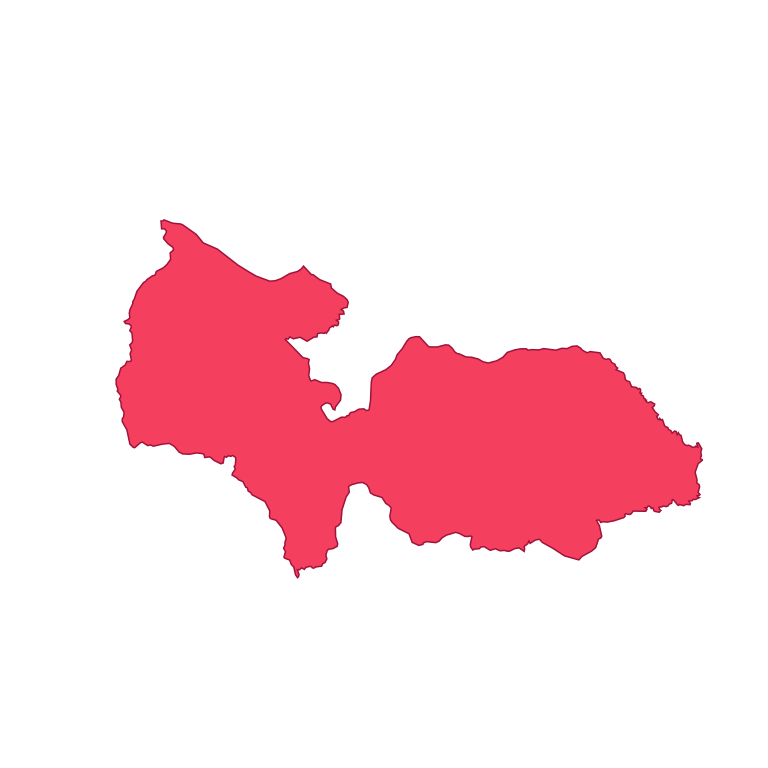 Quípama, Boyacá, Colombia (Albers equal-area conic projection), rotated 153°
{"feature_id": "7082276B17110786625118", "entity_name": "Quípama", "entity_type": "district", "adm_level": 2, "iso_a3": "COL", "parent_name": "Colombia", "parent_adm1": "Boyacá", "projection": "albers", "projection_center": [-74.197, 5.549], "detail": "fine", "context": "isolated", "style": "filled", "palette": "rose", "viewbox_px": 768, "rotation_deg": 153, "n_neighbors": 0, "source": "geoboundaries", "source_scale": "gbopen_adm2", "svg_char_len": 6171}
<svg xmlns="http://www.w3.org/2000/svg" viewBox="0 0 768 768"><g transform="rotate(153 384 384)"><path d="M402.2,525.6L405.3,524.1L409.9,523.5L417.9,525.2L427.8,524.6L434.2,525.4L439.1,527.5L448.8,538.0L453.4,545.1L460.1,556.1L471.2,579.8L481.0,591.8L483.4,602.6L491.0,617.0L492.4,618.8L499.5,623.4L505.5,630.1L507.5,629.7L508.7,630.5L511.7,623.2L509.1,622.0L508.4,619.1L509.6,617.5L513.9,614.8L514.4,613.5L512.7,606.8L510.1,601.7L510.5,599.1L515.0,597.9L517.5,592.0L523.2,589.0L527.8,587.7L535.7,587.7L538.6,585.0L541.2,585.5L547.7,584.7L549.3,583.8L552.3,583.5L562.0,578.8L568.2,572.8L570.4,571.5L571.4,569.6L576.8,565.4L578.9,562.6L580.4,558.3L583.2,557.6L587.1,557.7L586.8,555.2L584.1,553.4L583.0,551.2L583.1,549.7L586.3,546.9L585.4,543.8L588.5,536.4L589.7,535.2L592.8,534.3L593.5,528.8L596.4,526.4L598.3,519.8L599.9,519.3L602.8,520.9L606.0,518.4L611.4,517.6L616.4,512.1L620.5,509.9L622.9,505.0L623.5,499.9L624.9,498.9L623.8,493.4L624.4,492.1L626.7,490.6L626.7,487.1L628.6,482.6L628.5,476.6L630.7,473.2L633.2,471.6L634.3,469.2L633.9,459.9L637.7,445.8L636.2,441.4L635.0,440.4L627.8,442.3L625.6,441.8L622.6,436.5L619.6,435.6L617.8,433.3L608.0,430.8L602.1,428.4L599.1,423.4L597.5,416.4L595.1,413.1L589.1,409.7L582.1,407.6L577.0,404.1L576.5,402.5L577.1,399.9L572.2,398.1L570.0,392.9L565.6,387.0L563.2,386.6L559.6,391.4L558.7,391.7L557.8,390.3L555.0,390.6L553.2,389.0L551.4,389.2L549.7,386.2L549.9,384.8L553.2,379.4L555.0,378.5L555.1,375.7L559.5,373.3L560.7,371.8L557.8,367.3L557.0,364.6L554.0,361.1L554.0,354.8L552.9,353.6L553.6,350.3L552.1,347.7L551.8,345.1L543.4,333.3L543.4,322.8L546.3,317.8L546.4,315.8L542.0,311.5L540.1,302.0L541.1,291.1L544.2,287.8L545.3,285.5L548.0,283.3L547.9,279.3L551.8,275.1L551.4,273.7L548.0,270.0L548.5,265.4L547.5,261.8L549.4,254.2L549.0,250.7L547.7,251.1L546.2,252.8L545.5,257.9L543.5,256.8L541.0,257.6L539.1,255.0L536.8,256.1L533.4,255.3L531.6,254.3L531.3,252.7L530.2,251.8L527.7,251.9L522.3,250.0L520.2,251.7L517.6,251.7L514.3,254.1L513.5,257.9L510.2,261.4L508.3,261.9L504.2,260.5L499.5,260.6L497.8,262.6L496.5,269.8L492.8,277.5L491.7,278.6L488.9,278.5L485.3,280.1L478.5,291.0L469.2,300.4L464.0,303.4L462.3,308.3L461.4,309.0L458.0,308.9L452.2,307.7L447.8,306.0L445.1,302.3L444.7,298.6L445.5,293.1L443.4,289.7L437.3,283.8L436.6,276.8L434.3,272.8L434.0,270.0L438.8,263.6L439.9,260.0L439.6,257.2L436.8,248.8L429.7,239.2L430.8,230.1L426.3,224.4L422.2,223.4L421.4,224.5L417.8,224.3L409.8,219.1L406.2,219.0L401.9,220.6L397.1,221.0L387.6,219.3L385.0,217.0L381.1,211.5L377.9,209.7L376.8,209.8L374.9,208.2L380.0,201.8L380.7,199.5L380.3,195.8L378.1,195.7L373.9,194.0L371.6,194.7L368.5,193.5L364.9,187.6L359.6,186.7L356.2,182.6L352.5,181.2L349.7,178.8L347.8,178.0L342.5,178.0L338.1,176.7L335.1,171.2L333.5,173.3L333.0,175.6L328.5,176.4L326.2,178.3L326.2,175.7L320.2,176.2L316.6,175.4L315.7,174.4L314.9,171.0L308.4,161.4L301.2,148.9L290.2,138.8L285.9,140.5L274.7,140.9L269.7,142.1L263.2,148.5L260.9,148.3L259.1,149.5L256.4,160.0L256.6,166.0L255.9,166.1L254.0,164.9L253.8,162.3L251.6,161.9L247.5,159.5L241.2,157.7L231.1,156.1L229.1,156.7L228.9,158.3L227.8,158.8L224.8,156.4L223.1,156.0L219.6,157.6L208.6,151.8L206.6,153.0L207.5,155.2L205.6,154.4L204.2,155.3L203.3,155.1L202.3,153.2L202.4,151.8L200.7,151.6L201.1,148.6L200.5,147.5L197.0,144.8L194.7,145.6L195.4,147.7L194.9,149.4L192.3,148.4L190.3,148.4L188.4,146.7L186.4,146.4L184.2,147.5L181.9,147.1L179.7,150.0L178.7,149.6L177.3,142.8L176.5,142.1L175.5,142.6L172.2,139.5L169.7,139.7L166.1,137.5L165.3,138.4L165.6,141.4L162.4,140.1L161.1,140.9L158.8,139.7L154.6,139.6L155.8,141.1L155.7,142.4L153.8,141.7L152.6,142.0L153.3,144.8L149.4,149.2L149.0,151.3L150.3,154.1L148.7,156.1L146.8,164.2L140.2,170.4L135.0,171.5L134.8,172.3L135.9,173.3L135.5,174.7L133.8,175.8L132.6,179.6L130.3,182.0L130.6,188.8L132.0,189.3L132.5,188.7L133.1,185.4L134.7,187.2L135.9,186.6L137.4,187.2L140.2,191.1L141.6,191.4L143.6,193.3L144.2,196.7L142.7,203.4L143.8,204.8L143.8,206.9L145.8,205.8L145.2,209.0L146.5,210.2L149.6,209.4L149.6,212.3L151.1,214.1L150.9,216.5L152.6,218.3L152.9,219.6L152.0,225.9L153.4,225.9L153.9,228.2L155.1,227.3L155.9,228.0L155.7,231.5L154.6,231.3L153.5,232.2L155.1,236.1L155.7,241.2L153.0,241.9L151.9,243.2L154.3,247.0L157.1,247.5L158.3,249.1L158.3,249.9L157.5,250.4L158.6,251.5L158.1,252.3L159.0,253.2L158.4,255.6L159.7,257.5L158.6,258.9L159.9,259.5L159.9,260.2L158.4,261.3L157.9,263.1L158.3,264.0L160.2,264.2L160.5,266.2L164.6,269.1L164.2,274.6L166.2,276.6L166.9,278.5L165.5,282.7L165.6,285.2L170.7,291.3L168.6,292.1L169.7,295.0L169.2,296.7L171.3,299.6L171.4,303.2L172.6,304.6L175.0,305.1L177.0,307.5L177.4,313.7L185.6,319.3L188.4,319.5L189.5,320.5L192.0,324.2L192.4,326.5L194.7,330.3L199.5,332.2L204.7,332.4L209.4,335.1L215.4,336.1L225.9,343.2L230.2,343.9L236.6,347.5L240.4,348.8L241.1,350.7L246.3,353.3L251.9,355.0L259.7,356.2L266.1,353.8L273.1,353.5L281.6,355.4L285.8,359.0L288.5,363.3L293.7,368.0L298.7,370.9L303.0,376.4L304.9,377.9L306.2,380.0L307.1,385.4L308.7,389.3L311.5,391.0L319.7,392.8L327.2,396.7L330.9,410.0L334.3,411.8L338.9,413.0L341.2,413.0L344.2,411.8L351.9,407.1L359.2,404.0L362.4,400.9L369.0,397.3L375.9,395.9L386.3,396.3L391.5,395.0L394.5,391.4L403.7,375.1L409.1,367.7L411.7,368.3L413.2,371.0L417.9,373.0L423.1,372.7L426.4,373.7L428.3,373.1L429.6,371.8L431.3,372.6L433.3,371.8L437.2,373.8L446.4,373.7L448.6,374.7L450.4,379.1L451.2,389.5L450.8,391.8L449.3,392.9L445.2,393.5L442.9,392.8L440.7,390.2L440.8,384.7L439.6,383.2L437.7,385.6L430.0,389.4L427.1,394.1L426.5,400.9L427.9,405.7L429.5,407.7L434.0,411.2L439.1,413.8L443.6,419.2L447.3,419.7L447.9,420.3L447.3,425.6L443.4,431.4L441.9,436.9L439.6,439.7L440.7,441.4L444.2,444.2L451.8,468.6L450.6,468.9L449.0,467.5L446.5,468.7L444.2,465.4L437.6,463.8L433.1,457.0L425.3,457.6L422.3,456.4L420.3,459.1L417.0,458.1L414.3,456.3L412.8,456.4L412.3,455.4L408.4,457.3L407.5,458.5L403.6,459.2L403.3,458.0L401.5,458.9L399.5,457.3L397.8,457.5L396.3,459.8L397.4,462.4L394.6,461.8L393.9,462.2L392.3,466.4L387.8,464.5L387.0,467.3L388.4,469.8L385.0,469.9L382.1,469.0L378.8,473.0L378.6,475.8L380.3,480.5L384.3,486.0L387.3,493.4L386.1,497.3L394.0,506.3L397.5,513.5L399.1,514.6L402.2,525.6Z" fill="#f43f5e" stroke="#9f1239" stroke-width="1.5"/></g></svg>